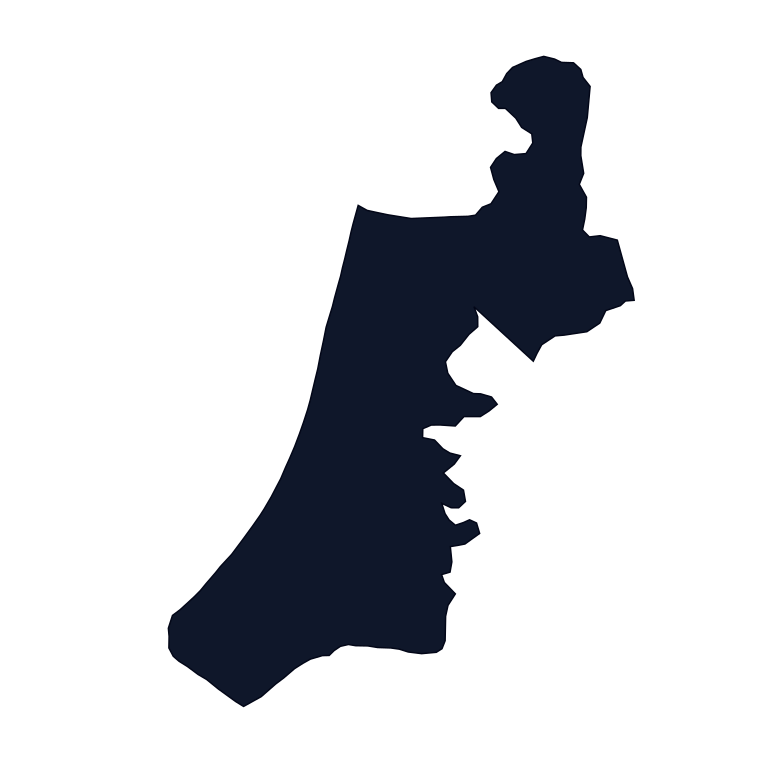 Pontal do Paraná, Paraná, Brazil (Robinson projection), rotated 165°
{"feature_id": "56859067B46066648065560", "entity_name": "Pontal do Paraná", "entity_type": "district", "adm_level": 2, "iso_a3": "BRA", "parent_name": "Brazil", "parent_adm1": "Paraná", "projection": "robinson", "projection_center": [-48.483, -25.647], "detail": "fine", "context": "isolated", "style": "filled", "palette": "ink", "viewbox_px": 768, "rotation_deg": 165, "n_neighbors": 0, "source": "geoboundaries", "source_scale": "gbopen_adm2", "svg_char_len": 2451}
<svg xmlns="http://www.w3.org/2000/svg" viewBox="0 0 768 768"><g transform="rotate(165 384 384)"><path d="M362.7,563.2L372.4,546.7L376.3,539.7L380.6,531.4L385.3,522.9L389.6,514.9L394.0,507.1L398.0,499.4L402.2,492.4L409.4,480.1L413.7,472.3L418.5,464.6L425.2,453.8L431.4,441.2L438.2,427.9L444.0,415.9L449.0,406.8L455.1,395.5L459.4,387.5L464.4,379.0L471.6,367.9L478.5,357.8L486.4,346.8L494.3,336.7L500.7,328.9L508.3,319.2L514.5,312.5L522.1,304.2L532.0,294.4L537.9,289.0L547.8,280.7L561.3,269.8L575.3,258.8L589.3,250.0L595.5,245.4L607.7,237.1L614.8,232.0L622.0,227.8L631.7,222.7L639.7,218.6L648.2,215.2L655.5,203.9L656.9,195.9L660.1,184.7L658.0,175.5L653.7,169.2L647.0,162.0L638.7,151.5L631.8,144.5L622.9,132.2L609.4,115.6L603.1,108.9L583.5,113.8L566.2,122.3L557.0,126.0L544.1,132.2L534.6,135.2L526.3,137.3L513.8,137.6L507.2,136.0L501.2,139.4L494.0,141.9L485.8,141.6L479.2,138.6L467.4,135.2L458.3,131.1L445.8,127.3L437.8,123.9L430.0,118.9L417.4,113.8L402.9,111.3L396.5,113.3L391.4,120.2L384.6,143.7L379.5,153.6L369.4,162.8L377.1,176.7L377.7,185.0L368.9,185.2L364.5,194.6L362.0,209.8L354.4,209.0L347.2,208.5L340.4,211.1L330.3,214.9L330.6,225.8L336.5,230.7L343.2,229.6L351.6,229.1L356.3,235.8L358.6,243.0L359.1,253.8L351.2,247.1L343.9,245.1L335.7,249.5L334.7,260.9L342.5,269.8L349.7,282.7L336.8,288.5L328.8,294.9L338.3,300.3L343.9,306.2L349.7,316.8L360.6,322.2L358.1,330.8L349.0,332.1L340.7,330.0L326.0,325.0L315.2,331.8L299.4,327.6L289.4,330.8L279.9,335.1L283.5,343.6L293.2,349.5L300.1,351.6L314.9,364.0L319.6,377.9L318.9,389.6L309.7,397.5L300.2,401.7L289.0,410.0L278.6,415.1L276.1,424.7L277.1,435.4L233.9,367.4L228.2,374.1L221.5,381.1L206.3,386.2L197.4,384.6L174.5,382.0L159.8,387.0L150.8,397.5L135.4,398.5L129.3,401.7L120.7,400.1L119.2,411.8L121.1,424.4L121.4,462.6L136.8,471.3L147.6,472.9L152.4,481.4L147.4,491.4L143.0,502.0L140.1,512.0L143.7,526.3L136.6,535.8L134.8,553.6L132.5,561.9L118.7,588.7L107.9,618.1L112.4,628.6L112.5,636.9L117.8,645.2L129.3,648.7L135.1,653.7L144.9,659.1L153.8,659.1L163.2,658.8L177.9,656.5L185.1,652.1L191.5,645.4L198.0,643.6L205.2,637.7L206.9,628.6L202.0,620.6L195.4,618.8L187.9,606.7L184.6,596.2L176.5,587.4L177.9,578.3L187.2,569.8L198.8,571.9L206.9,577.3L217.1,572.7L225.0,565.7L225.0,553.1L223.2,540.0L234.0,530.4L243.3,529.3L251.9,523.4L259.4,524.2L276.4,528.3L282.8,529.6L314.9,536.8L322.1,540.0L328.8,543.0L336.4,546.4L346.5,551.5L355.4,556.1L362.7,563.2Z" fill="#0f172a" stroke="#020617" stroke-width="1.5"/></g></svg>